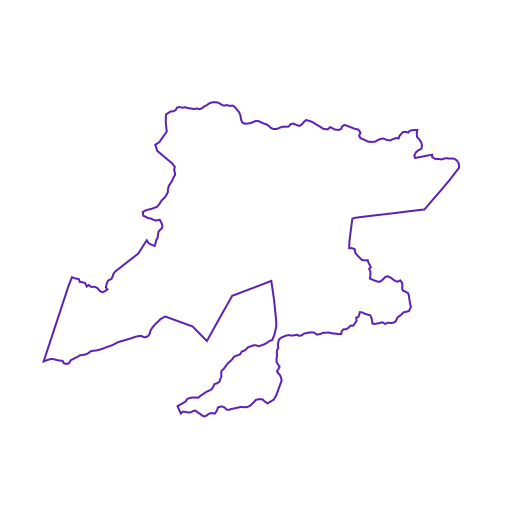 outline of Feira de Santana, Bahia, Brazil, rotated 292°
{"feature_id": "56859067B66827602961148", "entity_name": "Feira de Santana", "entity_type": "district", "adm_level": 2, "iso_a3": "BRA", "parent_name": "Brazil", "parent_adm1": "Bahia", "projection": "albers", "projection_center": [-39.059, -12.2], "detail": "fine", "context": "isolated", "style": "outline", "palette": "violet", "viewbox_px": 512, "rotation_deg": 292, "n_neighbors": 0, "source": "geoboundaries", "source_scale": "gbopen_adm2", "svg_char_len": 5777}
<svg xmlns="http://www.w3.org/2000/svg" viewBox="0 0 512 512"><g transform="rotate(292 256 256)"><path d="M87.4,239.5L81.8,245.3L84.4,246.6L85.1,249.5L85.5,251.6L86.3,253.7L88.5,255.6L90.0,257.6L89.2,260.1L88.7,263.1L87.9,265.9L87.9,268.4L89.7,270.0L92.2,271.5L93.6,273.4L94.5,276.9L98.2,277.7L101.4,277.5L103.7,280.5L103.8,283.7L102.6,285.9L103.0,288.2L104.6,290.0L106.9,293.4L108.8,296.3L110.4,298.4L111.2,301.2L112.2,303.8L114.1,305.9L116.1,307.1L119.6,308.7L122.7,309.9L124.5,312.8L125.5,315.7L124.4,318.5L123.7,321.9L129.4,326.2L134.1,327.0L150.2,326.4L153.2,324.2L154.8,322.5L155.7,320.2L157.2,318.6L159.2,319.1L162.2,319.3L164.0,316.5L165.6,314.7L168.3,313.5L171.6,312.9L174.1,311.5L176.7,310.8L178.9,311.2L181.4,309.8L184.2,309.0L187.2,308.6L189.9,310.1L191.5,311.7L193.4,313.6L194.8,315.8L195.7,319.2L197.1,321.6L198.4,323.7L198.1,325.9L199.4,327.9L202.1,329.7L203.8,332.2L205.6,335.1L206.8,338.5L205.9,341.9L207.8,344.9L209.7,346.7L211.2,349.7L212.3,352.1L212.6,354.3L213.1,356.7L213.9,359.0L214.3,361.4L215.6,364.2L218.4,363.7L220.7,364.5L222.0,367.2L224.0,368.5L226.8,369.7L227.9,372.3L230.3,372.8L233.5,373.6L236.4,372.0L237.8,373.7L240.1,373.7L242.8,373.3L243.5,375.5L243.2,378.6L243.5,381.0L243.8,384.2L241.5,386.6L239.1,388.1L237.0,389.2L237.5,391.6L239.5,394.8L241.9,398.1L241.4,401.1L243.6,403.4L244.6,406.7L245.8,408.6L247.9,410.1L251.8,410.1L255.4,412.3L259.2,414.1L260.5,416.0L262.1,418.4L266.7,418.7L270.5,416.1L273.7,414.2L276.6,412.5L278.5,411.0L278.9,408.5L279.0,405.1L280.6,403.7L283.3,402.8L285.9,401.5L287.4,398.9L285.1,396.7L285.1,394.0L286.3,389.3L286.6,385.5L284.6,383.5L281.9,382.5L280.0,381.5L278.3,380.2L277.7,377.2L277.7,372.8L277.7,370.1L281.0,369.3L284.5,367.8L286.4,365.7L288.5,366.7L290.1,365.0L292.0,362.7L293.9,361.1L292.6,358.3L292.0,355.6L293.0,353.4L294.1,350.7L295.8,347.3L299.3,344.9L299.2,342.0L298.1,339.5L304.3,337.2L315.0,334.4L320.3,333.0L323.7,332.1L326.8,331.4L328.2,333.0L329.3,335.0L330.7,337.4L333.2,342.0L334.7,344.6L338.2,351.0L342.9,359.6L347.7,368.4L355.5,382.4L362.3,394.8L375.6,399.2L380.4,400.9L385.7,402.7L398.8,407.0L414.0,411.2L416.9,409.8L418.6,408.4L419.8,406.4L420.5,403.2L419.3,400.1L418.5,398.1L418.1,395.9L416.7,393.9L415.1,392.0L414.4,389.2L413.1,385.6L413.8,382.2L415.9,381.3L406.5,366.8L408.5,365.1L412.2,365.5L414.9,366.9L417.4,369.2L420.9,368.4L423.5,366.3L425.4,363.4L426.8,360.6L430.1,359.0L433.3,358.4L431.9,355.2L430.9,353.3L429.5,351.6L427.4,350.9L427.2,348.5L426.2,346.0L423.5,344.8L420.6,344.0L418.4,344.2L418.0,342.0L416.5,340.2L415.1,338.6L413.4,337.1L412.7,334.5L412.6,330.0L410.8,327.2L409.1,325.5L406.6,323.6L405.2,320.7L404.0,317.3L404.3,313.1L404.4,308.8L406.0,306.6L409.6,306.6L411.6,303.4L410.9,299.8L410.9,296.3L410.8,292.3L410.7,288.8L408.1,287.2L406.0,287.5L403.9,285.6L402.8,281.9L403.1,278.7L403.2,276.4L400.2,275.1L399.7,272.7L399.1,270.6L399.7,268.1L400.2,265.2L400.6,262.0L401.3,258.8L401.3,255.4L400.8,251.5L398.5,250.3L395.5,249.3L392.8,247.5L392.7,243.8L392.7,240.9L391.4,238.8L388.3,237.8L387.1,235.4L385.8,232.3L384.2,230.3L382.4,228.7L381.1,226.7L380.3,224.7L380.3,221.9L381.5,219.0L382.0,216.0L381.7,213.4L381.8,211.1L382.0,208.0L381.2,205.2L379.4,203.5L377.5,201.5L375.7,198.8L374.4,195.9L374.7,193.2L376.7,191.2L378.8,189.9L381.0,188.5L383.0,186.4L384.4,183.7L386.0,181.0L386.8,178.2L385.4,175.6L385.0,172.4L383.7,170.6L383.2,168.3L383.7,166.0L384.0,163.2L383.4,160.9L382.3,158.2L380.2,155.6L377.3,153.8L375.2,151.9L372.9,150.8L370.8,148.3L370.7,145.9L369.0,143.6L368.4,140.3L367.6,137.3L367.4,134.6L366.0,132.5L365.5,129.5L364.2,127.3L361.1,126.8L359.1,125.1L358.1,122.8L355.6,120.9L353.5,119.5L346.2,122.2L338.0,126.6L333.3,125.6L331.0,125.0L325.3,123.7L321.4,120.9L316.5,125.0L310.4,143.7L308.2,147.4L305.2,147.8L303.0,149.5L301.0,150.6L298.2,150.1L294.5,150.1L290.8,149.4L288.5,148.9L286.4,149.2L284.3,149.5L282.4,150.4L279.3,150.1L275.8,149.3L272.4,147.8L269.5,147.2L266.7,146.6L264.5,145.8L262.9,144.0L261.3,142.3L259.9,140.5L258.6,138.7L256.8,136.5L254.3,134.5L251.1,136.5L251.0,139.6L250.7,141.8L251.3,144.0L251.2,146.9L251.3,149.8L253.5,153.1L251.2,156.0L248.8,157.9L246.7,158.4L244.2,157.2L241.9,156.5L238.9,157.2L235.6,158.0L233.2,157.5L230.5,158.1L227.4,158.3L227.3,154.9L227.6,151.7L229.7,148.8L214.0,145.9L209.5,143.2L188.9,131.3L186.2,130.5L183.6,130.8L180.6,130.5L177.7,128.0L174.1,128.0L170.7,128.5L169.4,130.7L167.5,129.5L165.0,127.5L165.1,124.2L166.9,120.9L167.0,117.9L165.6,114.7L166.4,111.7L164.3,110.5L166.9,107.7L166.7,105.0L166.0,102.3L168.2,100.4L167.5,96.9L167.4,93.3L158.0,93.4L78.7,98.6L81.6,101.8L83.7,104.3L84.7,108.0L85.0,111.0L85.6,113.3L86.3,116.0L84.6,117.9L84.8,120.3L86.2,122.6L90.0,123.3L92.5,125.5L95.6,128.2L98.0,130.0L99.4,132.6L101.2,135.2L103.4,137.2L105.4,138.1L107.0,140.3L108.7,143.5L110.5,145.9L112.6,148.6L114.9,150.9L117.1,153.4L119.0,155.6L121.0,157.5L123.3,159.4L124.9,160.9L126.5,162.9L127.8,164.6L130.9,168.5L133.6,172.0L135.2,173.5L137.6,176.9L139.0,179.6L138.7,182.0L139.3,184.1L141.4,186.0L144.5,186.6L147.2,186.1L150.6,186.7L153.3,187.5L156.9,189.0L159.6,190.2L161.7,191.1L164.0,192.9L165.9,194.5L166.9,223.6L161.0,237.2L158.8,242.3L177.4,244.6L210.1,248.8L231.6,272.0L234.7,275.3L238.7,279.5L222.2,289.1L204.4,298.5L198.4,301.2L189.4,302.6L184.2,302.5L182.1,300.1L180.2,299.1L178.0,297.4L175.7,295.2L173.3,292.0L173.2,289.7L172.5,287.5L170.6,285.3L168.5,282.9L166.3,281.9L164.3,281.0L162.1,278.6L158.8,278.0L156.0,275.0L154.3,273.3L151.2,272.6L148.3,271.3L145.6,270.0L142.1,269.1L139.2,268.4L136.7,267.1L134.4,267.6L131.3,269.1L127.9,269.0L125.7,269.2L123.6,267.7L121.6,265.5L118.8,265.3L115.9,264.8L113.8,263.2L111.8,261.1L109.4,259.5L107.2,258.0L105.3,256.7L103.2,255.8L101.9,252.4L100.8,249.6L99.3,247.6L97.6,245.7L94.6,245.2L91.0,242.4L87.4,239.5Z" fill="none" stroke="#5b21b6" stroke-width="2"/></g></svg>